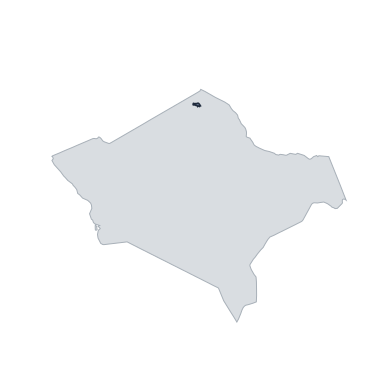 Awendo, Nyanza, Kenya (highlighted), rotated 117°
{"feature_id": "3690345B13715496647196", "entity_name": "Awendo", "entity_type": "district", "adm_level": 2, "iso_a3": "KEN", "parent_name": "Kenya", "parent_adm1": "Nyanza", "projection": "natural_earth1", "projection_center": [34.547, -0.872], "detail": "fine", "context": "in_parent", "style": "filled", "palette": "slate", "viewbox_px": 384, "rotation_deg": 117, "n_neighbors": 0, "source": "geoboundaries", "source_scale": "gbopen_adm2", "svg_char_len": 3959}
<svg xmlns="http://www.w3.org/2000/svg" viewBox="0 0 384 384"><g transform="rotate(117 192 192)"><path d="M96.6,230.8L96.5,226.1L97.1,214.1L97.0,203.5L97.6,198.3L99.8,194.9L100.9,192.5L101.6,189.1L102.8,186.3L105.4,184.1L105.9,182.8L108.8,179.1L110.5,174.2L111.7,172.6L113.3,171.1L114.5,170.3L116.3,169.5L117.8,169.0L118.0,168.6L118.2,167.8L117.7,164.8L118.3,163.9L119.3,161.9L120.4,160.0L121.4,158.8L122.0,157.6L122.3,155.5L122.3,154.0L122.3,151.5L122.0,146.0L120.8,141.3L120.1,136.1L120.6,134.4L119.7,131.4L119.2,131.2L118.4,130.5L117.4,127.7L116.7,125.1L116.2,124.4L113.0,122.1L111.4,116.7L109.6,115.5L108.7,110.1L108.5,108.6L109.5,103.2L109.4,102.0L108.3,100.9L105.3,99.7L102.9,97.5L103.2,96.7L103.4,95.9L102.1,95.4L98.4,86.2L103.2,80.7L108.0,75.2L114.2,68.1L119.9,61.6L124.9,56.0L129.3,51.0L129.1,52.0L129.2,53.2L129.7,54.0L130.6,54.5L131.9,54.0L133.0,53.2L134.0,53.0L140.6,55.1L141.8,56.9L141.7,58.9L142.0,60.3L141.5,61.7L140.9,66.0L141.1,70.0L143.1,72.9L144.8,75.2L146.2,78.4L147.3,79.4L148.7,79.9L153.3,80.0L160.0,80.2L166.4,80.4L167.0,80.5L168.4,80.9L174.4,85.3L179.8,89.3L184.4,92.7L188.9,96.1L193.3,99.3L196.7,102.1L200.0,102.9L205.4,103.3L209.1,103.4L212.6,104.5L217.7,105.6L221.6,106.2L223.9,106.8L230.3,107.4L231.4,107.0L234.2,104.0L237.4,99.1L238.6,96.4L242.8,93.8L250.0,90.0L255.0,87.4L260.7,84.8L263.3,87.1L266.8,90.7L268.4,92.6L269.7,93.4L271.6,93.9L274.0,93.9L275.2,93.8L277.9,93.4L284.0,92.9L287.5,93.0L284.5,97.8L281.0,103.7L274.5,114.4L269.6,120.1L265.9,124.4L265.5,125.2L265.6,129.9L265.6,141.6L265.7,164.9L265.8,188.3L265.9,211.6L265.9,223.2L265.9,227.2L269.2,232.1L272.4,236.9L276.6,243.2L278.9,246.6L279.3,247.7L279.2,250.0L275.7,254.8L272.8,256.9L269.0,258.0L267.8,257.8L266.3,257.1L265.7,258.2L265.3,260.0L264.4,259.6L263.8,259.1L264.2,262.2L264.5,263.8L264.0,265.9L262.1,267.8L261.9,269.3L257.9,273.4L252.1,273.8L249.1,275.8L247.8,277.5L246.8,281.1L247.1,286.7L245.5,290.9L245.2,293.1L242.2,295.8L240.9,298.4L240.0,301.0L239.1,302.1L238.1,307.9L236.7,311.4L236.3,312.6L236.0,313.6L234.9,315.7L234.2,317.1L233.7,318.0L230.2,327.1L227.5,331.1L225.3,330.7L223.9,332.2L223.8,333.0L223.0,332.6L221.2,331.1L217.6,328.0L213.9,325.0L210.2,321.9L206.6,318.8L202.9,315.8L199.2,312.7L195.6,309.7L191.9,306.6L189.7,304.8L188.8,303.7L188.1,301.6L187.7,301.1L186.7,300.4L185.6,300.3L185.2,299.9L185.2,298.9L185.6,297.4L187.0,294.6L187.1,292.9L186.9,291.1L186.5,288.1L186.1,287.4L183.7,285.8L178.6,282.5L173.5,279.2L168.4,275.9L163.3,272.6L158.2,269.3L153.1,266.0L148.0,262.8L142.9,259.5L137.8,256.2L132.7,252.9L127.6,249.6L122.5,246.3L117.4,243.0L112.3,239.7L107.2,236.4L102.1,233.1L100.2,231.9L98.4,230.8L96.6,230.8ZM266.3,262.8L265.4,263.1L265.8,261.5L268.5,259.5L269.5,259.9L269.7,260.4L269.7,260.8L269.2,261.2L266.3,262.8Z" fill="#d9dde1" stroke="#a8b0b8" stroke-width="1"/><path d="M113.8,230.4L113.7,230.3L113.7,230.2L113.6,229.9L113.4,229.9L113.5,229.8L113.5,229.7L113.4,229.6L113.4,229.4L113.2,229.2L113.1,228.9L113.1,228.7L113.1,228.4L113.1,228.2L112.9,227.9L113.0,227.8L112.9,227.7L113.0,227.5L113.0,227.4L112.9,227.3L112.9,227.2L112.9,226.9L112.9,226.7L112.8,226.4L112.9,226.2L113.0,226.1L112.9,226.1L112.9,225.9L112.7,225.8L112.7,225.7L112.6,225.4L112.4,225.2L112.5,225.1L112.6,224.9L112.6,224.7L112.6,224.4L112.6,224.2L112.4,224.0L112.2,224.0L112.2,223.9L111.9,223.7L111.8,223.4L111.8,223.2L111.8,223.3L111.7,223.3L111.7,223.5L111.5,223.8L111.4,223.8L111.4,224.0L111.2,224.1L111.0,224.3L110.9,224.4L110.9,224.5L110.7,224.7L110.6,224.8L110.5,225.0L110.4,225.3L110.3,225.5L110.2,225.7L110.2,225.8L110.1,226.0L110.0,226.3L110.0,226.5L110.0,226.8L110.1,227.0L110.3,227.3L110.5,227.5L110.8,227.8L111.0,228.0L111.2,228.3L111.3,228.5L111.5,228.7L111.5,228.8L111.6,229.0L111.7,229.3L111.8,229.3L111.9,229.5L112.0,229.8L112.1,230.0L112.3,230.3L112.3,230.5L112.4,230.8L112.4,231.0L112.5,231.0L112.6,230.9L112.8,230.9L112.9,231.0L113.0,231.0L113.4,230.9L113.6,230.6L113.8,230.4Z" fill="#64748b" stroke="#1e293b" stroke-width="1.5"/></g></svg>